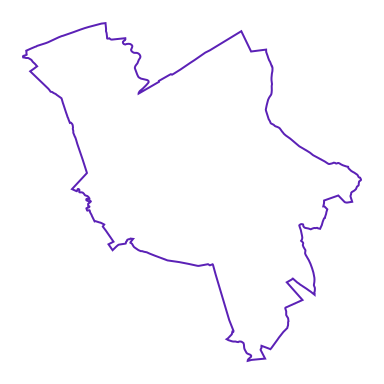 outline of Vladeni, Iasi, Romania
{"feature_id": "2599482B51425193153488", "entity_name": "Vladeni", "entity_type": "district", "adm_level": 2, "iso_a3": "ROU", "parent_name": "Romania", "parent_adm1": "Iasi", "projection": "equal_earth", "projection_center": [27.345, 47.424], "detail": "fine", "context": "isolated", "style": "outline", "palette": "violet", "viewbox_px": 384, "rotation_deg": 0, "n_neighbors": 0, "source": "geoboundaries", "source_scale": "gbopen_adm2", "svg_char_len": 5842}
<svg xmlns="http://www.w3.org/2000/svg" viewBox="0 0 384 384"><path d="M265.1,358.6L260.6,349.9L260.7,349.3L261.4,348.1L261.5,347.2L261.4,346.7L261.5,345.8L268.7,348.5L270.4,349.2L271.5,347.9L277.6,339.5L278.9,337.6L283.3,332.0L287.3,328.0L287.5,326.9L288.0,325.5L288.1,324.2L288.1,322.0L288.5,321.2L288.4,320.9L288.2,318.8L288.0,318.0L286.9,316.3L286.2,315.0L286.2,311.3L285.3,308.5L285.4,307.8L285.6,307.6L302.5,300.0L286.8,282.3L291.4,279.7L292.4,279.1L292.6,278.6L292.9,278.6L297.3,282.5L298.7,283.4L299.9,284.4L306.6,288.8L309.1,290.6L310.5,291.5L314.6,294.8L314.6,293.3L314.3,292.4L314.5,291.8L314.7,291.4L314.8,290.7L314.9,288.9L314.8,287.7L313.9,285.4L313.9,284.8L314.4,281.7L314.4,280.6L314.5,280.1L314.4,277.8L313.4,272.6L312.1,268.3L310.5,263.9L308.8,260.2L305.7,254.9L305.2,253.7L305.1,253.1L305.4,250.7L305.4,250.2L303.5,247.0L302.8,245.1L303.2,243.4L303.1,242.8L302.6,242.1L301.1,240.8L301.2,240.6L301.6,240.2L301.9,239.6L302.2,238.5L302.3,237.5L302.0,235.6L300.8,230.0L299.6,226.6L299.3,225.3L299.4,225.2L300.1,224.6L300.9,224.2L301.3,224.1L302.8,224.3L303.1,224.5L303.4,226.3L304.2,227.3L305.2,227.9L308.4,228.5L310.8,229.3L311.8,228.8L313.4,228.2L314.3,228.0L315.5,228.1L316.7,227.9L317.3,227.9L317.9,228.3L320.1,228.8L321.3,226.1L321.7,225.4L322.8,221.5L323.9,218.7L324.6,217.8L325.0,217.8L325.1,216.8L326.1,213.9L326.4,212.1L327.3,209.3L324.6,206.6L324.2,206.4L323.3,206.4L324.0,203.4L324.1,200.5L338.3,195.5L344.6,202.0L344.9,202.2L346.0,202.5L347.0,202.6L352.2,201.8L352.1,201.4L351.2,198.7L350.5,196.4L350.5,195.9L351.1,194.1L351.2,192.9L351.4,192.6L351.8,192.1L354.3,190.6L355.9,189.2L357.0,186.6L358.1,185.8L358.5,185.4L358.7,184.9L358.7,183.9L359.1,181.5L360.7,180.3L361.0,179.9L360.9,179.3L360.1,177.7L359.1,177.4L358.6,177.0L358.2,176.2L357.4,174.8L354.2,172.6L353.0,172.0L351.2,170.9L348.7,168.5L348.3,167.8L348.1,167.4L348.1,166.8L346.5,166.5L342.7,165.2L340.7,164.2L339.5,163.4L338.4,163.0L338.0,163.0L336.6,163.5L335.8,163.4L335.0,162.9L333.8,162.7L332.1,163.4L329.5,164.0L328.5,163.9L326.9,162.9L324.8,161.5L313.1,155.2L310.0,152.7L307.3,151.0L299.3,146.3L290.2,138.6L285.7,135.4L283.7,133.6L283.1,132.7L282.1,131.6L280.7,129.6L279.7,128.3L278.9,127.7L277.5,127.0L275.5,126.3L274.7,125.8L273.7,124.8L271.1,123.5L270.7,123.1L269.7,120.8L268.7,119.2L266.0,110.7L265.8,109.6L266.7,105.2L268.1,99.8L269.2,97.5L271.1,94.7L271.3,94.2L271.6,92.7L271.8,90.3L271.7,86.0L272.0,84.1L271.5,80.1L271.5,77.8L271.9,73.6L272.4,71.1L272.5,68.5L272.4,67.3L272.0,66.2L271.8,66.3L270.1,61.9L269.1,60.2L268.2,57.8L267.6,55.9L266.2,52.0L266.1,49.6L251.1,51.5L241.3,31.2L209.9,50.3L205.3,52.6L194.5,60.1L190.2,62.9L180.5,69.5L173.8,73.7L172.0,74.7L171.1,74.2L170.8,74.2L169.3,75.0L158.9,80.9L159.0,81.8L138.6,93.6L138.6,93.2L139.3,91.8L139.9,91.0L142.9,88.5L146.1,85.3L148.3,82.8L148.6,82.2L148.6,81.6L148.5,81.1L148.2,80.7L147.6,80.3L147.0,80.0L141.0,78.6L138.7,77.3L138.1,76.4L137.2,74.5L134.9,68.3L134.9,67.3L135.4,66.0L136.3,64.7L137.4,63.4L138.8,59.9L140.2,57.7L140.4,56.6L140.2,55.7L139.6,54.6L138.8,53.8L137.8,53.2L136.8,52.9L135.0,52.9L133.7,52.7L132.7,52.1L131.7,51.3L131.2,50.4L131.1,49.7L131.5,48.7L132.1,47.3L132.3,46.4L132.2,45.7L131.8,45.1L130.9,44.4L130.1,44.0L128.5,43.8L126.6,44.0L125.2,44.5L123.8,44.0L123.1,43.2L122.9,42.3L123.0,41.8L124.0,40.7L125.0,40.1L125.4,39.2L125.3,38.2L111.8,39.6L110.8,39.4L110.4,39.2L109.4,38.3L108.3,38.6L107.4,38.6L107.2,38.5L107.1,38.2L107.0,36.5L106.6,33.1L106.0,31.2L106.0,29.9L106.1,29.3L105.5,23.1L101.4,23.6L88.9,26.9L84.8,28.1L80.4,29.6L73.3,32.2L62.9,35.8L61.7,36.1L58.7,37.3L48.0,42.3L45.6,43.2L37.1,45.9L36.2,46.5L35.4,46.7L31.6,48.3L26.2,50.7L26.2,51.0L26.5,51.6L26.4,53.2L26.7,54.4L26.6,54.8L25.6,55.2L23.4,55.9L23.0,56.3L23.2,57.4L25.1,57.7L26.0,58.0L28.1,58.0L29.3,58.6L31.4,59.9L32.8,61.9L34.9,63.8L37.1,66.3L33.9,68.7L30.2,71.3L48.3,88.7L49.4,90.0L50.6,91.7L52.4,92.1L52.7,92.3L53.3,92.9L55.7,94.0L56.6,94.8L61.4,98.2L61.8,99.2L63.1,103.7L63.2,103.8L66.0,112.4L67.3,116.1L67.4,116.7L68.2,118.3L68.5,119.4L69.9,122.9L70.7,122.6L71.2,122.9L72.3,124.2L72.7,125.2L73.0,127.6L72.8,128.6L72.9,129.4L73.3,130.9L73.3,132.8L74.9,136.8L75.2,137.1L76.0,139.4L77.3,143.9L82.6,159.4L86.9,172.8L86.9,173.1L72.0,189.1L76.6,191.2L76.8,191.2L77.1,190.8L77.4,189.8L77.8,189.1L78.3,189.0L79.1,189.4L79.3,189.7L79.4,190.2L79.2,191.3L79.4,192.2L80.0,192.4L81.3,192.3L82.7,192.6L83.9,193.7L84.7,194.9L85.3,195.4L87.2,196.0L88.3,196.8L89.4,198.4L89.4,199.0L89.0,199.1L87.2,198.8L86.6,198.9L86.3,199.5L86.3,200.0L86.6,200.4L88.6,201.3L89.3,201.2L90.2,200.9L90.5,201.0L90.8,201.4L90.5,201.9L88.4,203.6L88.1,204.0L88.2,205.2L88.2,206.0L89.2,206.3L89.4,206.5L89.4,206.8L89.0,207.3L88.5,207.5L86.5,208.2L86.4,208.5L87.1,210.4L87.3,210.6L87.6,210.6L89.1,210.2L89.6,210.4L89.9,211.2L90.0,211.9L90.3,212.7L91.5,214.8L91.9,215.9L94.6,221.4L95.3,221.1L99.7,222.5L100.3,222.6L101.3,223.0L104.2,224.5L102.8,226.6L105.7,230.4L113.5,241.7L108.5,244.3L112.6,250.2L116.4,246.5L117.9,245.2L118.5,244.8L119.1,244.6L125.0,243.7L125.7,243.5L126.2,241.6L126.7,241.3L127.2,240.0L127.5,239.7L128.8,239.2L129.4,239.2L129.8,239.1L130.4,238.8L130.5,238.6L133.1,238.9L130.8,241.8L130.4,242.7L131.4,243.3L132.1,243.9L133.4,246.2L134.2,247.2L138.4,250.1L140.7,251.1L142.0,251.1L144.2,251.8L146.8,252.3L149.6,253.6L155.2,255.8L167.5,260.4L179.3,262.1L188.6,263.9L197.4,265.8L198.7,265.9L208.0,264.2L209.9,265.3L212.6,264.3L213.0,264.9L215.7,274.7L229.2,320.0L233.5,330.9L232.5,331.4L233.0,332.2L232.0,333.0L231.8,334.3L227.8,338.5L226.7,339.2L228.3,340.1L232.0,341.3L233.1,341.5L235.4,341.5L236.9,341.9L238.1,342.1L239.3,341.5L240.2,341.5L241.4,341.7L242.3,342.2L243.5,343.1L243.9,344.5L244.2,347.9L244.6,349.3L246.5,352.8L247.4,353.6L250.1,354.7L250.7,355.1L251.1,355.6L251.2,356.0L251.0,356.8L249.8,357.9L248.5,359.0L247.8,360.1L247.7,360.9L251.5,359.9L265.1,358.6Z" fill="none" stroke="#5b21b6" stroke-width="2"/></svg>